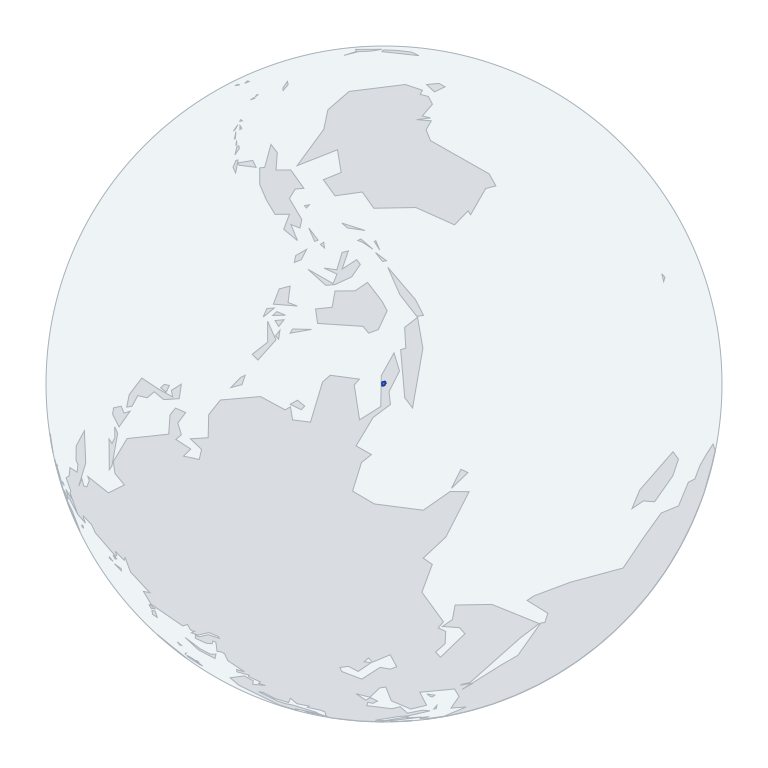 Narathiwat on an orthographic globe, rotated 226°
{"feature_id": "THA-493", "entity_name": "Narathiwat", "entity_type": "Province", "adm_level": 1, "iso_a3": "THA", "parent_name": "Thailand", "parent_adm1": "", "projection": "orthographic", "projection_center": [101.624, 6.183], "detail": "fine", "context": "on_globe", "style": "filled", "palette": "blue", "viewbox_px": 768, "rotation_deg": 226, "n_neighbors": 0, "source": "natural_earth", "source_scale": "10m", "svg_char_len": 8938}
<svg xmlns="http://www.w3.org/2000/svg" viewBox="0 0 768 768"><g transform="rotate(226 384 384)"><circle cx="384" cy="384" r="338" fill="#eef3f6" stroke="#a8b0b8"/><path d="M702.1,484.0L701.4,486.4L701.3,486.8L702.1,484.0ZM571.4,102.8L580.3,109.5L564.5,98.3L571.4,102.8ZM555.8,93.0L558.6,94.9L552.1,91.2L550.1,90.6L542.1,86.4L532.1,80.5L526.7,78.0L529.5,80.0L523.2,77.8L519.9,75.1L508.6,71.3L489.7,63.3L489.2,62.9L512.1,71.3L534.3,81.4L555.8,93.0ZM551.3,91.3L554.1,93.1L551.8,92.1L551.3,91.3ZM537.5,85.1L533.0,83.5L535.8,84.0L537.5,85.1ZM529.3,82.0L518.6,79.5L524.0,82.7L502.8,73.1L518.9,77.8L521.5,77.5L524.1,79.5L529.3,82.0ZM492.8,68.7L488.8,67.6L491.1,67.7L492.8,68.7ZM114.9,179.5L115.6,179.1L113.8,182.0L103.2,196.5L94.6,218.8L104.3,207.1L107.1,220.9L115.6,222.9L137.4,195.6L123.4,191.5L131.5,177.5L151.1,169.2L164.8,174.8L168.4,169.7L168.5,156.3L180.6,148.7L169.5,151.2L167.4,156.7L160.4,159.0L162.0,154.2L166.2,151.3L164.6,148.2L144.9,164.1L140.6,171.5L130.9,172.2L122.7,185.0L116.9,190.1L128.5,170.7L134.2,164.2L148.2,144.1L141.3,150.7L127.6,170.6L127.9,168.6L118.5,179.5L125.9,169.7L142.7,147.8L141.0,149.2L159.3,131.7L178.8,115.5L182.5,112.7L183.5,112.5L200.8,100.8L203.6,99.6L192.6,106.5L185.4,111.9L189.3,113.7L193.8,111.6L204.7,104.3L204.4,106.4L214.5,99.3L223.0,98.4L221.1,94.0L233.9,87.0L245.9,82.9L249.7,80.2L230.2,87.1L222.7,90.9L216.8,95.1L196.1,106.6L192.0,108.1L212.4,94.2L208.8,95.3L226.3,85.5L268.4,70.3L279.5,69.3L271.2,80.6L261.3,83.8L259.3,80.9L249.5,89.3L255.8,85.8L255.6,88.1L267.8,83.3L268.2,84.8L279.1,78.3L281.0,79.6L274.0,83.7L293.6,79.5L300.8,82.0L305.1,80.4L307.5,78.1L315.1,83.7L317.9,82.4L316.5,79.9L321.1,76.0L332.2,71.7L334.2,73.8L330.5,75.6L325.7,83.5L315.4,88.9L317.4,89.5L326.8,85.4L332.7,75.7L338.8,72.6L337.4,76.7L338.4,74.9L342.1,74.1L347.6,75.6L349.7,71.2L387.4,63.5L401.9,66.9L396.5,70.6L424.9,71.1L439.0,77.2L437.7,74.6L450.4,74.5L446.2,72.5L446.5,71.3L477.3,73.0L486.1,76.0L497.8,76.0L497.1,75.0L491.3,72.6L502.8,73.1L524.0,82.7L524.5,84.3L537.4,90.2L536.6,93.7L542.0,100.0L533.7,102.0L538.6,107.8L543.2,109.6L553.3,119.6L558.5,136.0L534.4,114.6L522.6,93.5L525.7,100.8L519.1,97.2L516.5,98.9L519.2,104.9L523.2,106.7L497.1,110.1L491.7,127.2L506.5,128.3L516.3,135.5L523.2,161.3L497.5,194.3L510.4,208.6L511.5,217.3L501.2,221.5L499.2,208.6L488.3,203.0L488.7,195.8L471.5,199.8L471.4,189.7L458.0,198.7L463.7,207.3L479.0,206.7L467.5,220.2L483.7,236.6L486.1,255.2L460.8,286.4L434.1,294.9L432.6,300.9L421.7,293.3L407.6,304.6L428.1,341.1L427.6,351.4L404.6,369.7L404.0,361.9L375.2,341.5L370.0,366.0L391.9,387.9L399.4,412.8L382.6,404.2L375.0,382.3L364.8,374.4L367.5,353.0L358.9,320.9L342.0,325.9L343.2,313.3L328.8,287.0L304.5,293.7L265.9,324.6L260.7,356.9L247.4,370.4L231.0,322.3L231.5,291.3L220.7,293.4L207.9,266.6L171.7,261.6L170.9,253.6L163.1,256.5L154.8,247.6L155.3,234.9L148.2,234.8L148.1,268.7L156.2,269.1L169.0,257.6L167.0,269.6L175.6,281.6L150.5,308.5L103.9,329.2L106.7,305.0L109.5,238.5L113.6,231.9L113.9,231.1L114.4,229.7L107.0,240.3L110.0,228.0L100.6,272.5L95.8,291.8L103.2,330.6L100.7,334.1L105.3,342.6L128.9,336.6L127.4,344.7L111.8,380.7L85.5,428.2L93.2,464.0L98.6,493.8L91.7,511.2L101.9,534.7L99.7,541.6L105.9,554.7L109.6,567.6L112.2,579.0L106.2,576.1L98.3,563.9L83.7,539.0L79.0,529.4L69.5,507.6L61.6,485.2L55.3,462.3L53.7,455.3L50.0,435.0L48.8,426.5L46.6,402.8L46.1,379.0L47.3,355.2L50.2,331.5L54.7,308.1L60.9,285.1L68.7,262.6L78.0,240.6L88.9,219.4L101.2,199.0L114.9,179.5ZM171.8,196.7L184.9,200.4L192.0,182.3L197.7,182.6L198.0,176.8L192.5,181.0L195.2,165.7L205.6,162.3L210.7,155.4L206.5,153.9L187.1,163.0L182.9,184.3L174.4,190.6L171.8,196.7ZM361.1,46.9L358.4,47.2L347.9,48.3L350.7,47.8L337.2,49.7L334.9,49.7L333.5,50.0L327.7,50.8L323.9,51.5L361.1,46.9ZM118.2,177.1L118.0,178.1L119.2,178.0L113.3,185.4L118.2,177.1ZM129.2,162.2L130.0,161.5L122.2,170.8L122.4,170.2L129.2,162.2ZM137.1,153.8L130.7,160.8L134.3,156.6L137.1,153.8ZM194.0,105.9L195.6,105.4L193.2,107.1L189.2,109.6L194.0,105.9ZM307.2,57.7L310.2,56.5L312.3,56.1L323.3,53.4L325.9,53.7L320.2,55.5L307.2,57.7ZM131.2,199.6L124.9,204.3L125.3,201.3L127.4,200.2L131.2,199.6ZM115.7,194.1L116.1,198.8L114.1,196.1L115.7,194.1ZM311.9,57.6L316.1,56.3L314.7,57.3L311.9,57.6ZM328.3,53.9L327.8,54.8L327.5,53.4L328.3,53.9ZM263.4,656.3L270.3,660.4L265.5,660.2L263.4,656.3ZM130.1,494.3L134.5,544.8L125.4,543.6L117.3,527.9L111.3,496.8L119.7,489.4L122.1,475.8L130.1,494.3ZM483.3,474.0L493.2,476.0L492.8,477.6L483.3,474.0ZM473.1,468.1L484.5,469.2L471.0,471.4L473.1,468.1ZM488.9,469.6L500.4,467.2L505.4,464.9L504.4,468.1L488.9,469.6ZM465.3,467.8L422.8,465.2L405.9,460.1L409.9,454.6L437.3,457.5L465.3,467.8ZM408.6,454.4L382.7,436.8L346.9,387.9L359.7,389.4L397.1,419.8L394.7,424.6L410.4,438.2L408.6,454.4ZM471.1,427.9L468.5,442.7L445.1,440.1L434.5,437.1L427.1,417.7L431.2,408.3L440.0,409.0L473.7,378.3L485.5,386.9L475.2,400.0L484.9,413.4L471.1,427.9ZM262.1,360.1L269.2,380.1L262.0,382.8L262.1,360.1ZM487.0,356.5L473.6,369.8L485.8,351.7L487.0,356.5ZM494.0,339.3L495.0,346.5L489.4,339.3L494.0,339.3ZM432.5,310.5L423.2,311.6L422.9,306.7L434.5,302.4L432.5,310.5ZM487.8,271.4L488.3,285.5L486.7,290.2L482.2,281.4L487.8,271.4ZM339.7,64.9L321.5,67.7L310.1,71.5L306.4,75.5L303.9,71.7L321.4,65.9L339.7,64.9ZM381.3,63.1L384.5,60.6L388.3,61.7L388.1,62.4L381.3,63.1ZM379.6,61.6L373.7,58.8L378.9,57.5L382.5,59.8L379.6,61.6ZM342.1,56.2L336.6,56.8L337.8,55.8L342.1,56.2ZM624.5,613.4L624.5,615.9L615.0,625.1L603.5,634.4L596.0,637.2L624.5,613.4ZM555.4,634.3L559.1,623.2L569.8,622.7L562.0,632.4L555.4,634.3ZM632.2,606.3L640.9,596.4L648.1,583.6L642.3,595.3L644.4,596.0L626.1,615.1L632.2,606.3ZM526.8,586.5L462.1,605.6L448.8,602.1L454.0,592.9L445.6,563.9L450.1,564.7L449.5,545.3L488.8,529.5L517.5,498.8L537.2,501.8L553.4,479.5L573.1,482.3L565.9,500.1L584.8,513.3L601.4,473.2L609.0,517.6L620.2,534.1L618.7,562.1L584.6,607.4L568.6,615.7L567.2,611.2L560.1,615.6L551.6,613.2L550.2,597.8L543.1,602.2L551.5,591.1L540.5,600.8L537.6,590.9L526.8,586.5ZM665.2,515.3L667.1,516.7L668.8,524.7L665.9,523.0L665.2,515.3ZM697.0,492.7L696.8,496.5L695.2,497.2L697.0,492.7ZM701.3,486.8L699.4,488.1L702.1,484.0L701.3,486.8ZM680.0,490.5L680.5,493.3L679.6,494.2L680.0,490.5ZM679.3,489.5L681.1,485.2L680.3,489.6L679.3,489.5ZM671.7,464.9L673.2,462.8L673.7,464.6L671.7,464.9ZM507.7,477.0L521.7,466.1L529.0,465.5L507.7,477.0ZM670.0,460.0L666.6,459.3L667.1,457.0L670.0,460.0ZM670.6,454.5L670.5,451.2L672.1,459.1L670.6,454.5ZM664.2,446.6L668.3,452.8L663.7,447.3L664.2,446.6ZM661.6,447.2L658.4,444.4L658.7,443.4L661.6,447.2ZM622.7,448.7L634.9,469.1L624.5,467.9L612.9,454.9L602.8,465.6L580.4,462.3L585.9,455.6L583.2,444.8L559.4,439.1L554.6,431.9L563.3,427.8L547.3,421.4L564.9,419.3L571.8,433.9L581.7,423.5L598.2,427.3L613.8,433.2L625.8,444.7L622.7,448.7ZM564.5,450.5L567.5,450.7L564.7,454.8L564.5,450.5ZM652.4,436.0L657.0,443.3L656.3,445.0L654.0,443.7L652.4,436.0ZM628.7,442.5L641.9,431.8L644.8,432.2L636.0,444.9L628.7,442.5ZM638.9,423.9L644.8,426.0L647.7,432.9L646.5,434.6L638.9,423.9ZM528.6,435.2L527.8,439.1L523.2,435.7L528.6,435.2ZM534.7,433.2L548.5,438.3L533.3,436.5L534.7,433.2ZM491.6,417.1L495.7,426.6L509.0,421.4L498.9,429.4L507.7,445.2L504.5,450.8L495.8,433.7L492.4,450.7L486.5,450.0L483.5,435.2L489.6,417.7L495.4,410.7L519.3,409.0L491.6,417.1ZM534.6,421.9L530.9,410.8L533.7,403.9L537.7,409.8L534.6,421.9ZM519.6,384.5L509.3,371.6L500.3,375.8L518.3,359.9L525.2,374.7L519.6,384.5ZM510.5,357.2L502.0,360.9L510.6,351.6L510.5,357.2ZM499.7,356.7L498.5,348.2L505.3,349.7L499.7,356.7ZM514.9,357.8L516.1,343.6L519.7,352.2L514.9,357.8ZM494.9,329.4L510.0,343.9L490.8,336.9L488.8,310.0L496.9,309.8L494.9,329.4ZM532.1,228.6L529.4,221.6L536.4,220.7L536.3,225.7L532.1,228.6ZM556.5,213.9L537.3,218.2L521.5,223.0L527.1,226.6L524.7,238.1L515.7,226.5L525.8,214.7L538.0,213.3L538.6,204.1L546.7,198.8L543.0,187.2L546.1,182.9L553.3,193.3L556.5,213.9ZM540.8,182.4L537.2,163.6L550.8,167.8L554.7,172.9L550.6,179.5L543.6,176.8L540.8,182.4ZM540.3,160.6L533.5,158.1L514.0,131.3L513.2,126.9L535.4,148.0L530.1,147.0L532.5,153.3L540.3,160.6ZM490.7,68.8L488.9,67.7L492.7,69.1L490.7,68.8ZM443.9,70.3L444.9,69.0L449.3,70.2L443.9,70.3ZM450.3,66.4L444.6,65.9L449.8,65.5L450.3,66.4ZM432.1,65.3L442.0,65.2L433.7,66.7L432.1,65.3Z" fill="#d9dde1" stroke="#a8b0b8" stroke-width="1"/><path d="M386.6,383.6L386.6,383.9L386.6,384.3L386.6,384.5L386.4,384.7L386.0,385.0L385.8,385.2L385.7,385.4L385.7,385.7L385.7,385.9L385.5,386.1L385.4,386.1L385.4,386.3L385.2,386.4L385.1,386.5L384.9,386.6L384.7,386.4L384.4,386.5L384.2,386.5L384.2,386.4L384.0,386.1L384.1,385.9L383.9,385.9L383.7,385.6L383.3,385.7L383.2,385.7L383.3,385.4L383.2,385.3L383.2,385.2L383.2,384.8L383.2,384.7L383.0,384.4L382.9,384.4L382.7,384.2L382.6,383.9L382.7,383.7L382.9,382.6L383.2,382.5L383.3,382.5L383.5,382.5L383.5,382.4L383.7,382.2L383.8,382.1L383.9,381.9L383.9,381.7L383.7,381.5L383.8,381.4L384.0,381.4L384.2,381.5L384.3,381.6L384.6,381.7L384.9,382.1L385.1,382.3L385.7,382.7L386.3,383.3L386.6,383.6L386.6,383.6Z" fill="#3b82f6" stroke="#1e3a8a" stroke-width="1.5"/></g></svg>